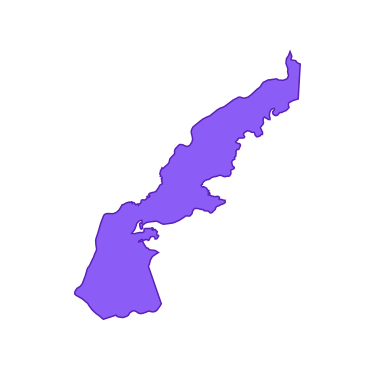 Anori, Amazonas, Brazil (Albers equal-area conic projection), rotated 161°
{"feature_id": "56859067B80375941692856", "entity_name": "Anori", "entity_type": "district", "adm_level": 2, "iso_a3": "BRA", "parent_name": "Brazil", "parent_adm1": "Amazonas", "projection": "albers", "projection_center": [-62.184, -4.211], "detail": "fine", "context": "isolated", "style": "filled", "palette": "violet", "viewbox_px": 384, "rotation_deg": 161, "n_neighbors": 0, "source": "geoboundaries", "source_scale": "gbopen_adm2", "svg_char_len": 6081}
<svg xmlns="http://www.w3.org/2000/svg" viewBox="0 0 384 384"><g transform="rotate(161 192 192)"><path d="M257.4,96.4L257.4,135.8L257.1,136.3L255.8,137.6L253.7,141.0L250.7,143.7L248.8,144.4L243.4,145.7L245.9,148.7L246.8,149.2L250.2,150.7L251.3,151.7L252.0,153.3L253.2,153.9L254.0,156.7L254.9,161.4L255.3,161.8L258.7,162.2L258.5,162.8L256.3,163.1L255.7,163.6L255.2,163.6L254.4,163.2L254.0,162.7L254.0,162.1L253.5,161.8L252.0,162.3L251.5,162.0L250.9,162.1L250.1,161.5L249.3,161.3L249.2,160.4L248.6,160.4L247.2,161.5L245.6,163.2L245.0,162.9L243.5,162.8L242.1,161.8L242.0,161.1L242.2,159.6L240.9,159.2L240.1,159.4L238.3,160.8L237.8,161.5L238.0,162.1L239.1,162.7L238.9,164.5L238.0,165.3L237.7,165.9L238.5,166.9L238.7,168.1L239.1,168.6L241.8,168.8L241.8,169.5L241.2,169.9L240.6,170.0L240.7,170.7L241.4,171.2L242.2,171.1L242.7,170.7L244.1,171.5L245.2,171.7L248.2,172.8L249.2,172.5L249.7,172.0L250.1,170.2L251.7,169.8L252.5,169.9L254.2,170.6L255.3,170.9L259.9,171.3L262.5,172.5L261.2,173.5L258.8,174.8L255.6,178.5L254.8,180.0L253.8,180.7L251.5,181.8L249.0,181.8L248.6,181.3L249.2,179.7L249.1,179.0L249.5,178.7L250.6,179.5L251.4,179.4L251.9,178.8L252.3,177.6L252.6,174.7L252.4,173.9L252.1,173.4L250.7,173.6L250.3,174.1L250.4,175.1L250.1,175.8L249.4,176.6L248.4,177.1L245.7,177.9L242.6,177.7L235.1,176.0L234.1,175.2L230.5,171.5L229.1,170.7L220.7,169.0L218.6,168.9L213.3,169.4L207.1,170.9L206.1,171.4L204.6,171.1L203.0,170.3L202.1,170.1L201.2,170.2L199.1,171.5L198.6,172.1L198.1,173.2L196.0,175.1L194.7,175.5L191.6,174.4L189.4,172.7L187.0,171.7L186.8,170.6L186.4,170.2L183.2,168.9L182.2,167.8L182.1,167.0L181.5,166.3L180.9,166.0L179.5,166.1L176.7,167.6L175.9,167.8L174.2,169.8L173.1,170.3L171.0,170.2L169.4,170.6L166.7,170.6L164.1,171.1L163.4,173.4L164.6,173.8L166.6,175.4L168.5,176.1L168.7,176.6L167.8,177.9L168.0,178.5L168.4,179.0L169.3,179.7L171.5,179.9L174.4,181.7L177.5,184.0L177.6,184.6L177.1,184.8L175.8,184.3L175.5,184.9L176.0,186.3L176.8,186.9L175.6,187.8L176.8,189.0L176.9,190.7L178.8,192.9L179.5,193.4L180.5,193.2L180.9,193.7L181.1,194.2L181.0,195.6L179.7,195.9L179.4,196.9L176.6,198.4L174.8,198.7L171.4,198.4L168.7,199.3L167.1,199.3L163.6,198.8L160.4,198.8L158.7,198.0L157.5,196.7L156.5,196.0L155.7,195.7L153.6,195.5L152.0,194.9L151.3,195.0L149.7,196.1L149.3,196.7L148.8,197.8L148.5,199.5L148.3,199.9L147.6,200.1L145.8,200.2L144.8,200.5L144.2,200.8L144.0,201.7L144.9,202.8L145.1,203.6L144.9,206.8L144.6,207.6L142.8,209.1L142.0,208.9L140.9,209.1L140.5,210.5L140.6,211.0L139.2,211.4L138.8,211.8L138.1,213.7L137.7,214.0L137.5,215.5L137.3,216.1L136.7,216.5L136.5,217.0L135.6,217.4L134.6,217.4L134.0,217.0L131.2,220.0L130.9,220.7L131.0,221.6L131.4,222.3L132.5,222.8L134.4,224.6L134.3,225.3L133.7,225.8L132.2,226.2L131.5,226.7L131.0,227.5L130.4,227.7L129.7,227.6L126.1,226.4L125.4,226.3L124.6,226.6L124.2,227.1L124.3,227.8L124.6,228.4L124.6,229.3L124.1,230.4L123.6,230.9L121.3,231.6L120.4,231.6L119.7,232.0L117.6,230.6L116.2,229.0L114.3,228.4L113.9,228.0L113.6,227.5L113.8,225.7L113.7,224.7L112.6,222.9L111.1,222.8L110.4,223.0L109.6,222.8L109.1,223.0L108.6,223.5L107.8,223.7L106.6,223.5L106.3,224.1L106.3,224.9L105.9,225.3L105.8,225.9L106.2,227.2L106.1,227.7L106.4,230.2L106.1,231.0L102.6,233.1L101.7,234.5L101.5,236.4L100.6,238.4L99.2,239.3L98.7,238.9L98.1,237.8L97.5,237.5L96.4,235.8L94.7,235.1L94.2,236.4L94.0,239.1L93.7,239.7L92.2,242.5L90.2,244.2L87.7,244.5L87.2,244.3L86.9,243.8L87.0,243.3L87.4,242.9L89.6,241.6L89.9,240.9L90.0,239.4L89.8,238.7L89.3,238.4L89.0,237.6L88.0,237.0L86.5,236.8L85.4,237.2L84.2,238.0L83.0,238.5L81.5,238.0L78.2,238.4L76.6,238.3L72.8,240.2L72.5,243.0L71.6,244.8L66.6,245.6L61.3,245.4L48.0,277.8L50.5,280.0L51.1,282.1L51.6,282.7L55.2,284.6L55.0,285.8L53.7,287.3L53.4,288.1L53.6,292.9L56.2,289.7L59.2,287.4L59.8,286.3L61.3,283.0L61.2,278.5L61.4,276.7L62.4,274.7L62.9,270.4L65.3,268.1L69.3,267.9L73.4,269.5L75.1,271.4L80.8,272.6L81.8,272.4L82.8,273.2L88.9,272.5L91.4,270.9L92.3,269.9L93.5,269.2L95.4,268.4L96.7,268.1L104.6,264.6L108.1,263.5L111.4,263.6L112.8,264.0L115.8,266.2L117.7,266.5L119.8,266.0L123.0,265.6L133.3,262.3L134.8,262.1L138.1,262.1L141.1,261.5L150.4,258.2L153.3,258.1L158.1,257.4L161.4,256.3L170.0,253.1L172.2,250.9L173.1,249.4L173.4,248.0L173.9,243.3L174.2,241.8L175.3,240.0L176.1,239.0L178.8,237.0L180.2,236.6L181.9,236.7L183.4,237.7L185.3,239.6L186.9,240.5L188.2,240.9L189.8,240.4L191.7,239.3L192.9,238.8L194.1,237.9L194.6,237.3L195.4,236.0L195.9,233.9L201.9,230.7L202.9,229.4L203.9,227.6L204.6,227.0L206.1,226.0L209.1,224.9L211.8,223.6L212.5,224.7L214.0,223.0L214.7,222.7L215.0,222.2L215.1,221.4L216.0,220.6L216.3,219.9L216.6,219.1L216.1,218.1L216.2,217.5L216.8,217.2L215.7,215.9L215.6,215.1L216.0,214.3L216.7,214.4L216.5,213.2L216.7,212.8L217.2,212.5L217.2,211.3L216.9,210.7L217.6,209.4L219.5,209.1L220.5,208.7L221.7,207.4L225.4,204.6L226.9,204.2L228.6,204.2L229.8,204.5L232.6,204.5L233.8,203.7L234.0,203.1L233.3,202.5L233.3,201.8L233.9,201.1L234.5,200.9L235.6,202.5L236.2,202.3L236.3,201.0L237.9,200.1L239.2,199.9L239.9,200.0L241.3,200.8L242.6,200.7L243.9,198.4L244.3,198.1L246.1,198.0L246.4,197.3L246.9,196.8L247.2,198.1L247.6,198.5L248.8,198.3L249.6,198.4L249.9,200.1L250.4,200.9L251.2,201.2L252.2,200.7L252.1,202.3L252.7,202.5L253.5,202.3L254.3,202.4L254.5,202.9L257.7,203.1L260.6,202.5L262.1,202.7L266.6,198.9L269.9,197.4L272.8,197.1L274.3,197.4L279.3,199.3L280.2,199.4L281.7,199.3L282.5,199.0L283.7,197.9L288.6,192.0L294.6,183.5L297.8,179.4L299.0,177.3L300.0,173.4L300.8,169.1L301.7,167.6L303.8,165.5L306.7,161.9L307.6,161.2L312.8,155.8L315.0,154.4L316.2,153.2L319.8,147.9L325.4,141.2L328.2,139.2L330.8,138.7L332.3,138.2L333.3,137.5L335.1,135.9L335.6,135.1L336.0,133.6L335.1,131.9L330.6,126.8L326.9,120.7L326.3,117.9L324.9,113.3L322.4,108.6L320.1,105.2L318.6,102.9L318.2,101.8L317.1,100.5L303.9,100.3L303.4,99.0L302.5,98.0L298.5,95.9L297.1,95.7L293.8,95.8L292.3,96.2L290.1,98.1L287.0,98.8L285.6,98.7L284.5,97.9L283.3,96.7L282.5,95.4L281.5,94.5L280.0,93.7L278.3,93.4L274.9,93.3L271.9,93.6L269.1,91.9L267.9,91.3L266.1,91.1L264.4,91.3L262.9,92.1L259.0,94.9L257.4,96.4Z" fill="#8b5cf6" stroke="#5b21b6" stroke-width="1.5"/></g></svg>